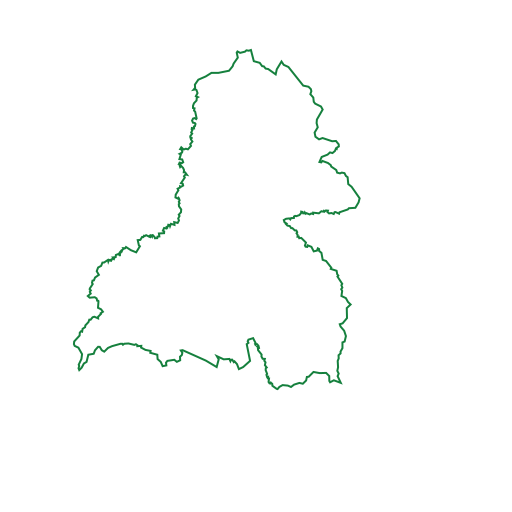 Wang Chan, Rayong, Thailand (Albers equal-area conic projection), rotated 208°
{"feature_id": "78962969B3621953586830", "entity_name": "Wang Chan", "entity_type": "district", "adm_level": 2, "iso_a3": "THA", "parent_name": "Thailand", "parent_adm1": "Rayong", "projection": "albers", "projection_center": [101.511, 12.97], "detail": "fine", "context": "isolated", "style": "outline", "palette": "green", "viewbox_px": 512, "rotation_deg": 208, "n_neighbors": 0, "source": "geoboundaries", "source_scale": "gbopen_adm2", "svg_char_len": 6150}
<svg xmlns="http://www.w3.org/2000/svg" viewBox="0 0 512 512"><g transform="rotate(208 256 256)"><path d="M234.3,391.6L235.4,393.4L239.4,395.1L242.6,393.1L252.6,391.4L255.1,388.6L259.5,389.2L262.2,392.5L261.9,398.6L264.9,401.8L266.3,405.1L265.9,416.6L268.8,418.5L275.3,418.3L277.4,419.3L279.8,422.8L284.0,424.4L284.5,427.5L285.9,429.1L289.1,430.1L294.3,428.6L316.1,438.1L321.3,437.8L324.8,439.7L325.3,430.6L323.9,425.6L333.0,426.8L335.5,426.0L338.1,427.1L339.7,426.5L343.4,428.3L349.4,427.0L357.2,435.5L358.7,433.9L361.0,433.1L361.7,431.2L365.4,427.9L368.4,427.9L368.5,426.5L365.2,422.6L366.1,415.4L365.7,412.5L366.8,406.9L375.1,400.1L381.3,396.8L384.7,390.9L389.7,384.6L390.4,378.6L388.7,375.9L389.2,373.5L387.7,374.7L386.5,374.6L384.1,372.4L384.1,368.9L381.9,369.0L382.6,367.9L381.5,365.4L382.5,361.7L382.1,359.0L381.1,357.1L379.6,357.5L379.0,355.3L377.5,354.9L373.0,349.6L373.1,348.8L375.0,348.9L376.1,347.8L376.0,345.5L374.2,344.1L372.5,344.7L371.4,344.2L370.9,341.9L371.6,341.2L370.6,339.6L372.7,338.9L372.2,337.6L371.3,337.5L371.2,334.6L369.8,334.1L370.3,330.9L369.5,329.7L367.5,330.4L368.6,329.6L368.2,328.4L365.9,327.2L366.6,323.9L365.1,322.7L366.2,318.2L368.3,317.8L369.8,316.1L373.0,316.9L373.1,314.8L371.9,315.2L370.0,313.5L369.9,312.5L371.4,310.3L370.0,310.2L369.1,305.6L366.5,306.6L364.3,304.6L365.1,303.1L367.3,302.6L367.2,301.2L366.1,301.9L365.9,300.0L364.7,298.9L364.3,300.4L361.7,299.5L359.9,298.1L359.1,296.0L357.9,296.6L355.2,295.3L356.5,295.0L357.0,292.6L355.7,291.8L356.4,285.1L354.6,285.4L353.4,284.0L354.8,281.8L355.7,281.8L355.2,280.8L356.8,278.6L355.4,277.6L355.7,272.5L354.6,269.9L351.8,270.0L351.8,271.0L351.2,270.8L349.6,269.3L349.6,267.6L348.2,266.6L348.5,265.5L347.3,263.7L343.9,262.0L342.8,259.4L343.6,256.2L342.3,255.4L342.3,252.6L340.7,251.2L340.7,248.4L344.1,247.5L342.6,245.2L346.2,244.5L345.9,242.0L346.8,242.9L348.1,242.4L347.6,241.1L348.5,239.7L347.6,239.2L347.8,238.3L350.3,237.6L350.1,234.6L348.6,234.6L347.9,233.0L352.3,230.3L350.5,227.9L352.1,226.8L351.6,225.4L354.3,223.8L353.6,224.4L354.4,225.1L357.0,226.0L357.8,225.3L357.1,224.2L358.6,224.5L358.3,223.0L359.1,222.9L359.5,223.8L360.0,222.9L362.8,222.8L363.6,221.3L364.4,221.3L364.5,219.7L365.5,219.3L365.7,215.9L367.9,214.5L364.4,210.4L363.1,210.1L363.5,203.0L369.1,202.4L375.0,202.9L375.1,201.5L376.5,200.8L375.9,200.6L376.8,199.4L376.7,196.8L377.5,197.3L377.9,195.5L376.9,193.6L377.7,193.8L377.4,192.8L378.6,193.0L380.2,191.1L379.4,189.2L380.8,188.2L380.2,188.2L380.0,186.5L381.6,186.6L381.7,183.7L382.8,183.5L382.8,184.2L384.0,183.4L383.8,181.8L384.9,183.0L387.1,178.9L388.5,178.1L388.1,174.6L390.0,171.7L389.5,167.8L385.9,165.6L388.0,161.4L387.7,158.4L388.8,157.5L388.2,155.3L387.0,154.6L387.5,149.3L387.1,148.3L385.7,148.1L385.9,146.3L384.3,145.2L385.7,141.7L383.3,141.1L379.0,143.9L376.8,143.7L375.3,142.0L374.2,142.4L373.7,141.8L371.2,136.1L367.8,136.2L365.0,134.9L366.3,132.5L365.7,132.0L366.9,128.2L366.1,126.8L370.2,126.5L371.5,125.2L372.1,122.1L373.3,121.5L372.9,119.0L374.1,114.6L373.5,112.9L374.9,110.3L374.0,107.6L375.1,107.5L375.6,105.6L374.4,103.0L376.4,95.2L375.4,92.7L373.9,91.5L369.8,91.7L363.5,87.7L361.8,83.1L361.5,76.8L360.4,75.8L360.0,73.6L358.5,72.3L357.5,75.6L357.5,80.3L355.9,82.9L357.7,90.1L353.4,93.5L353.9,97.1L352.8,101.7L351.3,102.4L347.9,100.4L345.1,100.3L343.5,105.4L340.7,108.9L334.4,114.9L332.8,115.7L331.8,115.2L331.1,116.7L327.5,118.9L321.7,120.4L320.6,121.7L318.7,121.5L318.4,120.7L315.1,122.8L314.5,121.2L309.5,121.2L304.5,122.7L303.9,120.9L296.8,122.5L294.5,118.8L290.4,117.8L286.7,114.9L283.8,117.3L285.4,119.6L285.0,121.8L279.4,126.0L276.2,125.4L274.0,128.3L275.8,131.4L275.0,133.7L275.6,136.0L278.0,137.3L276.6,138.4L251.2,140.1L238.6,139.5L240.4,147.2L243.6,149.2L236.0,149.6L231.2,152.6L229.2,151.1L229.3,152.7L228.4,153.3L225.8,151.9L225.5,152.9L222.0,151.6L218.0,148.1L215.2,151.9L212.0,160.6L222.8,173.8L221.9,175.8L223.3,176.8L223.4,178.6L220.0,182.1L215.0,178.6L215.5,177.9L214.7,177.3L213.5,178.6L211.6,177.8L210.8,176.9L211.8,176.4L210.3,175.8L210.8,175.1L209.9,173.8L204.8,171.6L204.0,169.8L201.9,168.4L199.9,169.3L199.5,167.4L197.7,166.6L196.9,163.8L194.2,162.6L194.7,161.6L193.9,159.8L190.8,157.1L191.0,156.0L189.3,154.3L188.6,155.0L188.0,153.6L187.0,154.0L185.8,150.7L184.7,150.1L183.9,151.0L183.4,150.3L183.0,151.0L181.7,150.8L180.6,149.1L175.4,148.4L174.5,148.6L173.9,151.4L171.9,154.5L167.1,156.5L163.6,156.8L162.0,160.3L158.1,164.3L154.7,165.2L153.3,169.6L154.3,173.1L152.8,174.1L150.8,180.6L144.8,182.5L139.2,185.7L135.0,184.4L132.6,180.1L131.3,179.3L128.9,182.8L121.6,183.8L127.5,188.2L127.8,191.0L130.3,192.8L131.3,196.3L134.6,201.7L134.9,204.4L136.5,207.1L135.6,209.7L136.5,211.3L136.4,215.2L139.1,220.3L137.6,222.1L139.0,227.5L143.1,231.4L148.2,233.4L150.0,235.1L147.9,237.2L146.5,243.9L151.4,252.6L149.7,257.6L153.2,258.6L156.9,261.0L161.8,260.8L163.5,265.6L165.2,266.7L164.9,268.6L166.9,270.3L166.8,271.9L174.4,276.1L174.1,277.3L175.8,278.1L177.9,280.8L183.9,279.7L184.0,281.0L191.8,284.5L195.3,283.9L199.7,289.5L202.6,290.1L203.6,291.8L205.0,291.8L204.7,289.4L207.2,287.2L211.4,290.1L215.3,289.7L215.0,288.1L216.6,287.5L217.7,288.2L218.2,291.3L224.5,293.2L226.2,292.0L227.4,293.2L228.4,292.5L229.2,294.2L230.9,295.1L230.8,296.4L232.4,297.5L233.8,296.8L236.9,297.7L238.1,297.1L240.2,298.3L242.5,297.6L244.6,298.3L244.3,299.0L246.7,299.2L248.3,300.8L246.9,303.0L244.3,304.8L242.9,304.4L242.8,306.0L240.4,307.3L241.0,308.7L240.3,309.8L239.2,310.0L236.9,312.5L236.3,315.1L236.9,316.4L235.5,316.8L234.4,315.8L233.0,316.5L233.2,317.3L231.9,316.7L231.6,317.5L228.1,317.9L227.2,319.5L225.3,319.9L225.9,321.1L220.5,323.2L219.3,326.2L217.5,326.7L217.3,327.7L216.4,327.3L215.7,329.0L213.8,329.8L213.6,328.4L211.5,327.9L209.5,329.4L207.1,329.6L207.2,331.6L206.5,332.1L202.5,332.4L202.8,333.8L196.8,340.2L196.4,341.8L190.9,345.2L190.6,351.5L191.6,355.6L204.1,362.0L208.3,362.8L212.1,368.6L214.2,368.9L216.8,370.7L219.4,369.9L220.6,368.4L223.5,367.7L225.5,369.6L231.6,370.3L232.6,371.3L236.1,371.9L242.0,371.1L242.3,369.3L244.1,368.8L244.5,374.3L240.4,379.1L239.3,382.2L236.8,382.8L235.6,385.8L235.9,388.4L235.0,388.4L235.4,389.8L234.3,391.6Z" fill="none" stroke="#15803d" stroke-width="2"/></g></svg>